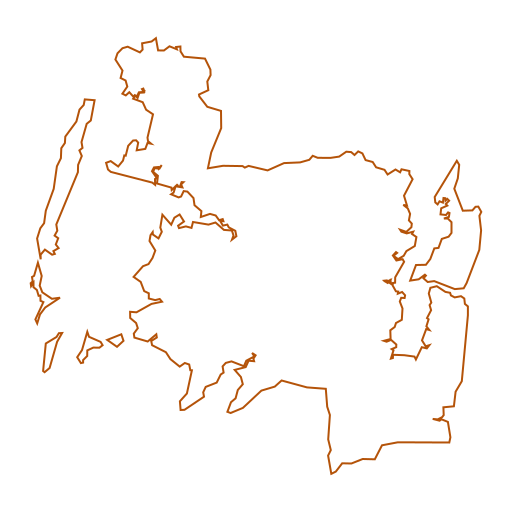 Wete, Kaskazini-Pemba, United Republic of Tanzania (orthographic projection)
{"feature_id": "72390352B34611789685005", "entity_name": "Wete", "entity_type": "district", "adm_level": 2, "iso_a3": "TZA", "parent_name": "United Republic of Tanzania", "parent_adm1": "Kaskazini-Pemba", "projection": "orthographic", "projection_center": [39.725, -5.092], "detail": "fine", "context": "isolated", "style": "outline", "palette": "amber", "viewbox_px": 512, "rotation_deg": 0, "n_neighbors": 0, "source": "geoboundaries", "source_scale": "gbopen_adm2", "svg_char_len": 6007}
<svg xmlns="http://www.w3.org/2000/svg" viewBox="0 0 512 512"><path d="M183.9,56.7L180.5,51.3L180.4,46.5L176.1,47.0L176.9,49.3L169.5,46.3L163.9,50.5L158.1,50.4L155.9,38.2L151.6,41.5L142.1,43.3L142.6,49.6L139.9,52.4L127.7,46.7L122.5,48.2L117.5,53.3L115.4,59.5L122.5,70.6L120.6,78.0L125.6,80.5L127.3,86.6L122.4,93.7L125.8,95.4L129.3,92.2L133.3,96.6L134.8,95.1L136.9,96.4L138.9,92.3L143.8,91.9L142.0,89.1L144.2,88.2L142.7,88.9L144.5,90.7L144.0,92.5L139.4,92.8L137.6,97.9L135.3,95.7L133.2,98.7L142.7,102.2L146.1,109.7L153.0,114.3L147.5,137.6L148.0,141.1L151.1,143.7L147.5,143.0L145.3,148.9L136.7,150.3L138.2,142.6L136.1,140.3L133.1,140.5L128.2,145.8L125.7,155.7L124.3,155.4L123.0,160.6L118.2,166.5L110.7,161.1L106.1,162.8L108.0,169.5L110.8,171.9L152.3,182.6L155.1,184.8L155.0,179.0L156.8,178.1L152.0,171.2L154.0,167.4L158.4,167.0L158.7,168.6L161.7,165.1L159.4,168.7L154.7,168.1L153.1,171.8L157.9,175.8L157.0,183.5L171.4,187.6L171.7,190.0L177.7,184.2L176.7,185.9L181.0,186.6L180.6,184.7L181.6,182.1L183.4,182.2L181.1,184.4L182.4,187.4L175.6,186.3L173.6,192.6L171.1,194.3L178.6,197.4L181.1,196.5L183.7,191.1L187.4,191.6L193.5,198.1L194.5,205.2L201.4,211.1L200.8,217.0L210.0,213.9L215.7,215.5L219.1,220.2L222.7,219.1L223.4,221.2L220.2,221.0L222.9,225.6L227.3,224.6L228.8,227.4L235.3,230.8L236.4,236.2L232.0,239.6L233.5,235.5L231.9,230.5L223.9,229.9L215.5,222.5L208.5,224.6L193.0,222.0L191.5,227.9L185.9,226.4L179.0,228.1L178.1,225.7L184.0,221.5L179.6,214.5L174.4,217.7L171.2,224.7L162.4,214.7L160.3,227.6L161.8,231.8L158.5,238.4L152.9,234.5L152.7,232.1L150.5,235.2L149.5,241.0L155.3,250.5L152.5,258.0L148.5,264.1L143.0,266.2L133.6,276.9L140.7,281.9L144.2,291.1L148.8,293.3L148.8,298.5L155.2,300.1L159.7,299.0L162.0,301.7L151.5,303.9L136.5,312.3L130.1,311.8L130.2,318.0L136.1,323.0L137.8,328.2L133.8,333.6L134.4,337.6L147.7,341.5L156.3,334.3L156.8,337.5L151.2,341.0L152.1,345.2L165.9,352.2L170.4,359.1L179.7,366.6L184.8,363.0L189.2,364.5L190.3,370.2L191.9,370.3L186.9,393.5L179.9,401.3L180.6,410.0L184.5,409.8L204.0,396.7L203.2,392.3L205.7,386.9L216.7,382.6L220.7,374.5L223.6,372.6L222.6,366.4L225.8,362.9L231.5,361.4L243.9,366.2L246.3,360.7L254.4,356.4L252.1,353.0L255.6,355.3L253.4,358.7L254.1,361.2L248.6,360.7L245.7,367.1L234.7,369.9L240.9,377.0L242.8,384.2L237.8,390.0L235.6,398.3L231.0,402.2L227.4,411.8L230.6,413.0L242.9,407.9L261.4,390.6L274.8,386.6L281.6,380.5L307.0,387.4L325.8,388.8L327.2,406.7L329.9,415.0L328.2,439.4L330.8,450.1L328.1,455.6L331.3,473.8L335.8,471.6L342.2,463.3L351.4,463.5L362.7,459.0L374.8,459.3L382.0,445.3L397.8,442.3L449.3,442.5L450.4,437.3L447.9,421.9L441.5,419.3L439.6,420.7L432.7,418.9L437.7,419.4L442.2,417.1L443.7,415.1L443.4,407.3L453.9,406.3L455.6,391.7L461.8,381.2L467.9,315.3L467.9,306.4L464.9,303.9L464.3,298.5L461.0,296.2L454.7,297.4L450.9,295.4L450.1,292.8L445.4,291.9L436.8,286.2L430.4,287.8L428.8,293.5L431.3,302.6L429.6,305.1L431.1,310.2L427.0,318.1L428.6,319.3L426.4,326.3L429.3,330.0L426.2,329.1L422.0,340.4L425.7,346.3L429.3,345.2L426.8,348.4L421.8,347.2L415.9,359.5L414.5,356.6L404.3,355.2L393.0,354.8L392.9,358.0L390.9,358.6L393.5,350.3L391.7,349.1L396.2,347.2L396.3,344.5L391.1,339.9L386.6,341.7L383.9,340.8L390.6,339.0L390.3,330.3L394.7,327.0L396.0,323.0L401.8,319.8L402.5,308.5L399.8,301.5L401.2,297.8L404.6,298.0L405.1,295.3L402.1,292.0L397.8,293.7L398.2,291.6L395.9,291.3L392.4,285.0L393.1,283.5L391.2,284.0L389.7,282.9L390.4,280.7L387.7,283.0L385.9,281.9L386.9,280.9L384.5,281.1L384.1,280.7L386.8,280.4L387.2,281.0L386.3,281.9L387.4,282.6L390.1,280.0L390.7,281.3L390.2,282.9L390.7,283.3L395.1,282.7L395.2,277.3L404.1,261.8L402.6,259.2L396.4,260.5L392.9,255.5L396.0,252.1L397.1,252.9L393.4,255.8L398.1,259.1L403.7,255.8L406.4,251.1L414.8,246.0L416.4,237.0L412.0,234.0L413.2,231.7L406.7,233.4L401.4,231.7L400.1,229.7L406.3,231.9L411.4,227.2L411.8,223.6L408.9,220.4L410.1,213.9L407.8,208.4L403.3,204.9L407.0,205.6L404.0,195.7L412.6,179.2L409.3,174.1L409.4,171.0L401.5,169.3L400.1,172.3L395.5,169.5L387.6,174.5L384.5,169.8L376.1,167.3L372.7,162.0L365.6,160.1L362.4,153.4L358.2,151.4L354.5,155.0L351.2,152.1L346.3,151.7L339.2,156.6L330.4,157.9L317.7,157.8L312.7,155.8L309.3,159.8L300.1,162.4L284.0,163.1L267.6,170.4L248.6,165.9L244.8,167.6L242.6,166.1L223.0,165.8L207.9,168.3L211.2,152.5L221.2,128.1L221.0,110.9L207.3,106.8L199.3,96.4L199.0,94.5L208.3,90.2L207.3,81.5L210.6,75.1L210.4,69.6L205.0,58.6L183.9,56.7ZM457.8,178.4L459.2,164.8L456.8,160.8L434.7,197.0L435.3,202.4L437.6,204.4L439.5,201.3L442.9,202.6L443.5,198.0L445.3,198.2L445.5,200.7L447.3,198.9L449.1,200.7L445.8,204.0L447.3,205.6L441.2,208.3L440.5,214.4L446.0,215.0L448.1,212.4L449.5,213.0L448.9,216.9L443.9,218.5L447.8,218.5L451.5,222.2L451.5,232.9L448.6,236.7L441.8,238.9L438.5,247.9L434.3,248.4L430.3,259.0L425.9,264.8L416.0,265.0L410.2,280.6L418.7,279.3L424.9,274.7L425.9,275.6L423.5,278.3L427.7,282.0L434.2,281.1L454.8,289.1L463.7,288.3L466.6,283.1L479.3,249.9L481.1,230.4L479.4,215.8L481.3,211.9L478.3,206.6L475.5,206.8L472.4,210.4L462.8,210.7L454.3,188.7L457.8,178.4ZM94.6,100.2L84.8,99.4L83.7,105.0L79.5,109.6L76.4,121.5L65.3,136.6L64.9,143.0L61.3,148.2L60.9,158.2L56.9,166.3L53.7,188.9L45.8,210.7L44.1,223.2L40.3,228.3L37.1,238.5L40.7,259.3L40.6,254.7L44.9,249.6L52.1,254.7L54.8,253.9L53.4,251.1L58.6,248.1L55.8,244.5L58.2,238.2L54.6,235.6L57.3,230.7L56.3,224.5L77.9,172.2L78.1,164.9L81.8,156.0L79.4,150.4L82.5,147.9L81.5,142.1L86.7,123.8L90.8,120.5L94.6,100.2ZM41.7,276.0L37.9,262.7L34.1,275.8L32.0,277.0L32.7,281.4L30.7,283.2L31.1,286.2L33.5,282.8L33.5,287.2L36.9,290.0L38.6,295.8L40.4,295.5L40.5,300.8L43.4,302.1L35.4,319.4L37.2,323.4L40.0,314.4L45.2,307.5L60.0,297.7L51.9,298.8L42.3,292.3L39.7,285.6L41.7,276.0ZM57.1,341.8L62.1,333.0L58.9,333.2L56.5,337.0L45.8,343.5L43.1,371.0L44.6,372.2L49.6,368.0L57.1,341.8ZM100.6,341.9L89.0,336.8L87.3,331.8L82.0,350.1L77.2,357.2L80.9,363.1L83.1,362.6L83.1,360.1L87.2,356.0L87.3,350.4L93.3,347.6L99.4,347.7L102.6,345.2L100.6,341.9ZM123.5,340.8L121.3,334.3L107.2,339.9L117.0,346.8L123.5,340.8Z" fill="none" stroke="#b45309" stroke-width="2"/></svg>